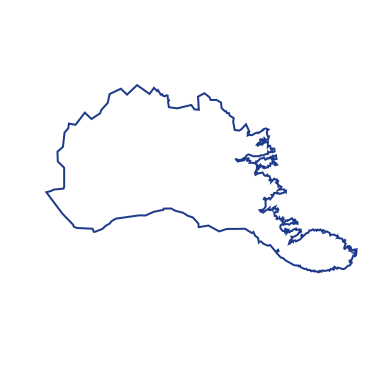 the district of Lindesnes nor, Vest-Agder, Norway, rotated 252°
{"feature_id": "86288312B19723632220281", "entity_name": "Lindesnes nor", "entity_type": "district", "adm_level": 2, "iso_a3": "NOR", "parent_name": "Norway", "parent_adm1": "Vest-Agder", "projection": "albers", "projection_center": [7.221, 58.115], "detail": "fine", "context": "isolated", "style": "outline", "palette": "blue", "viewbox_px": 384, "rotation_deg": 252, "n_neighbors": 0, "source": "geoboundaries", "source_scale": "gbopen_adm2", "svg_char_len": 6072}
<svg xmlns="http://www.w3.org/2000/svg" viewBox="0 0 384 384"><g transform="rotate(252 192 192)"><path d="M271.9,76.5L262.5,73.8L254.6,77.9L236.7,72.1L234.9,70.9L237.0,61.5L236.5,57.9L236.8,53.4L211.3,62.1L197.5,68.9L195.6,68.8L193.3,71.5L187.8,86.1L184.5,86.3L184.1,87.6L184.6,95.4L186.6,99.7L187.4,103.9L189.2,106.7L190.2,111.4L186.1,134.6L184.0,140.6L185.0,149.6L183.9,159.1L184.9,160.0L182.8,167.0L179.4,170.2L175.0,177.1L170.7,180.7L167.5,185.0L160.0,188.3L156.5,187.5L155.0,197.3L146.1,205.7L146.1,213.6L140.6,231.1L134.8,236.0L134.4,237.0L135.0,238.0L130.7,238.6L127.9,240.6L123.5,240.0L124.1,241.0L123.5,242.3L120.4,244.2L117.4,247.8L117.5,249.9L109.3,253.2L110.4,256.0L109.0,256.0L108.9,253.9L107.9,253.6L102.1,256.3L101.2,258.1L98.2,259.7L90.7,266.6L89.1,270.6L88.4,270.5L88.4,272.1L86.8,272.2L84.0,275.3L83.8,276.9L82.0,277.7L81.6,279.8L79.8,280.9L80.2,281.8L79.0,283.3L79.3,284.1L78.5,284.1L77.9,286.2L76.5,287.3L76.6,288.6L77.4,288.6L77.5,289.6L76.2,290.7L77.1,291.9L75.8,294.1L75.6,297.8L74.6,298.4L76.0,300.2L74.3,302.8L75.6,304.0L76.2,303.2L76.8,304.5L74.2,306.3L75.0,307.5L71.8,312.0L72.0,314.0L73.6,317.3L73.4,319.4L75.5,322.2L76.4,322.0L76.0,321.1L76.4,320.4L78.0,320.6L78.3,323.0L81.6,325.6L80.5,327.0L81.1,328.4L82.7,329.1L82.7,326.7L83.0,328.0L83.7,327.2L83.2,329.5L86.2,330.6L85.1,327.9L86.8,330.1L87.2,327.6L86.4,326.0L87.4,323.9L88.8,325.9L89.6,325.9L89.2,323.8L91.0,323.2L91.5,325.3L92.0,325.0L92.3,323.3L90.7,320.0L90.8,318.7L91.4,320.2L92.2,319.7L95.5,322.3L97.0,321.4L98.1,322.3L98.1,321.3L99.0,321.9L98.8,320.4L101.1,320.4L102.8,317.2L104.1,317.6L103.4,317.3L103.5,316.3L104.1,317.2L105.0,317.0L104.5,316.7L107.5,314.1L108.2,311.8L108.0,310.1L110.4,310.3L112.8,308.1L112.5,305.4L113.8,306.1L115.1,305.1L115.3,303.8L114.3,303.5L116.6,302.7L116.3,301.1L117.2,300.3L116.8,298.8L117.5,299.0L118.0,297.4L117.6,296.4L119.1,295.3L118.6,293.5L119.2,291.7L117.3,289.9L117.4,288.0L115.7,284.3L117.4,283.3L117.8,282.6L116.7,283.4L117.2,282.8L116.7,282.4L115.6,284.1L113.4,279.9L112.9,275.6L114.0,275.5L114.3,273.0L113.5,272.7L114.2,272.3L112.9,269.3L113.4,269.3L113.1,268.5L115.5,270.1L116.7,272.9L118.7,272.8L117.9,275.1L118.7,279.1L120.5,281.4L120.0,281.4L120.5,283.5L122.6,283.7L122.1,282.2L123.4,282.1L123.6,279.5L125.1,279.7L124.9,276.6L124.0,275.0L124.4,273.8L123.5,272.5L124.0,271.2L124.9,271.6L123.7,269.6L125.5,270.6L124.6,268.1L125.6,268.1L126.5,268.9L125.9,269.9L126.4,271.5L128.1,269.3L126.0,268.2L127.1,266.1L130.4,264.9L132.7,265.7L133.5,267.6L132.5,268.7L132.9,270.0L131.8,273.3L130.9,274.2L131.9,277.6L130.4,278.6L130.1,280.1L130.6,280.6L129.1,282.5L130.7,283.0L131.7,282.2L131.4,279.6L133.7,281.5L134.2,281.1L133.7,279.5L136.1,279.0L135.1,274.1L135.6,274.3L135.9,272.4L134.7,270.7L134.8,269.1L136.7,268.6L137.7,270.8L139.7,270.9L138.2,270.5L139.6,270.4L138.0,268.2L139.0,268.1L137.8,267.7L140.1,267.3L139.5,267.0L140.4,266.0L139.9,264.4L140.4,264.0L142.0,266.0L141.4,265.2L143.3,264.6L143.7,263.2L147.2,264.0L146.6,267.1L148.6,268.7L149.9,268.4L149.3,266.5L150.9,266.2L150.8,265.2L152.2,266.5L151.6,263.6L150.0,262.9L150.8,262.6L150.5,261.0L151.4,260.5L150.7,259.2L152.9,260.7L150.5,253.4L152.4,253.4L151.7,251.8L152.0,251.2L153.8,250.7L153.3,254.7L155.3,257.5L161.1,259.3L162.4,259.1L162.7,258.1L162.1,257.6L163.8,258.6L164.0,259.4L161.8,260.7L162.5,263.6L160.9,264.1L162.9,267.4L164.5,266.9L164.2,268.8L165.8,269.8L165.1,271.6L165.4,272.7L164.3,272.7L164.9,274.2L164.4,273.5L163.1,274.8L163.0,280.6L163.5,281.1L163.0,281.3L164.1,281.8L164.0,280.3L165.8,280.6L166.6,279.1L167.3,275.0L169.2,278.6L171.2,276.9L170.7,275.9L173.0,276.2L174.6,275.0L174.6,276.3L176.5,277.9L175.6,276.6L176.2,276.6L175.9,275.8L177.7,276.5L178.0,275.2L179.3,274.4L177.1,270.5L178.9,271.3L179.4,269.7L178.8,268.6L180.5,270.6L183.1,270.6L183.8,269.0L185.1,269.0L184.5,267.2L185.6,265.9L188.7,265.2L189.2,260.5L188.7,257.7L191.1,257.9L191.1,259.7L192.4,259.4L193.0,260.9L194.3,261.2L193.3,262.2L194.4,263.5L195.4,263.2L195.1,261.2L197.1,262.1L200.2,260.8L202.0,255.7L203.6,257.0L204.6,254.9L204.5,253.3L205.4,255.9L206.7,256.1L207.0,253.3L206.1,251.4L206.9,244.9L210.3,243.5L208.4,245.4L207.6,247.5L207.3,251.2L208.1,251.1L208.2,252.7L210.1,255.8L210.3,257.4L207.0,261.4L205.3,267.2L205.7,269.0L204.9,270.6L205.2,273.7L204.6,275.5L206.5,276.6L205.4,276.8L206.0,278.6L204.9,281.0L205.1,283.1L207.9,283.6L208.4,282.0L207.1,281.0L208.1,280.2L211.8,280.6L212.1,279.5L211.4,278.0L216.2,279.7L216.4,277.3L219.0,278.0L217.9,277.0L218.4,275.7L217.1,276.4L216.1,274.7L216.7,274.4L215.5,273.2L216.3,272.9L215.9,269.4L216.4,269.7L216.9,268.4L218.2,270.4L217.0,272.1L221.8,273.3L219.2,273.6L220.2,275.1L218.7,275.2L219.0,276.7L220.7,277.5L219.0,278.3L218.3,280.4L220.9,282.2L220.9,281.4L223.5,281.2L226.7,282.0L227.8,284.0L229.7,281.7L229.5,278.8L228.9,278.8L227.5,273.1L228.3,272.8L228.3,270.0L227.5,266.6L228.7,264.2L228.5,262.4L231.7,263.6L231.6,264.5L230.7,264.4L231.5,265.2L239.7,264.3L236.2,257.9L235.9,255.5L237.8,251.8L246.2,252.9L249.4,254.5L253.1,251.4L255.6,251.5L256.3,249.5L258.2,249.5L258.6,248.2L262.7,246.1L268.1,247.2L272.0,243.8L273.7,238.2L276.8,237.9L282.1,234.3L280.8,227.2L268.1,223.9L269.8,219.9L275.0,218.2L276.1,203.9L279.8,196.2L285.7,197.2L286.2,198.5L287.9,197.8L291.3,198.6L291.8,197.7L291.5,195.6L292.8,193.9L294.3,193.8L294.3,192.3L299.5,191.1L298.8,189.9L302.8,188.1L298.4,181.9L310.6,172.8L304.7,160.3L312.2,156.3L310.6,143.9L302.8,139.4L298.1,131.2L295.2,128.8L292.5,119.0L300.6,114.6L291.9,102.0L295.1,96.1L290.7,93.9L288.0,89.2L274.8,83.2L271.9,76.5ZM201.3,262.6L200.0,261.3L195.9,263.0L195.2,264.0L196.2,264.0L196.8,265.3L195.5,265.1L196.0,265.8L193.5,266.9L194.5,267.7L194.0,268.4L192.3,268.3L192.7,269.8L192.2,269.9L192.0,272.0L193.3,272.4L192.6,274.3L194.9,275.3L194.2,276.9L196.8,278.3L194.9,278.4L194.5,279.5L192.7,278.9L191.7,279.5L191.7,281.4L198.9,277.8L198.3,279.4L198.7,280.1L197.9,280.2L197.2,282.5L200.9,283.2L200.5,279.8L201.3,279.8L200.0,277.5L201.0,277.2L200.2,275.9L200.9,274.3L200.3,274.1L200.1,271.7L202.4,271.2L202.2,269.1L202.8,267.5L200.6,263.4L201.3,262.6Z" fill="none" stroke="#1e3a8a" stroke-width="2"/></g></svg>